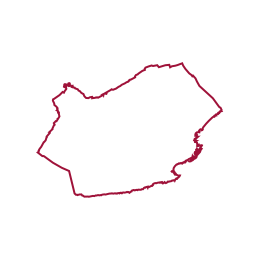 Isabela, Isabela, Philippines, rotated 62°
{"feature_id": "2640588B52568839586340", "entity_name": "Isabela", "entity_type": "district", "adm_level": 2, "iso_a3": "PHL", "parent_name": "Philippines", "parent_adm1": "Isabela", "projection": "equal_earth", "projection_center": [122.367, 16.99], "detail": "fine", "context": "isolated", "style": "outline", "palette": "rose", "viewbox_px": 256, "rotation_deg": 62, "n_neighbors": 0, "source": "geoboundaries", "source_scale": "gbopen_adm2", "svg_char_len": 5786}
<svg xmlns="http://www.w3.org/2000/svg" viewBox="0 0 256 256"><g transform="rotate(62 128 128)"><path d="M162.5,205.3L163.1,204.2L163.5,204.1L163.9,202.1L164.8,200.3L166.2,200.1L166.6,199.5L168.1,198.8L169.8,195.4L170.3,194.9L171.5,190.8L172.3,189.7L172.4,188.2L172.8,187.6L173.2,185.9L174.0,185.0L174.3,183.8L174.8,183.3L174.7,182.4L174.9,181.6L175.5,180.0L176.2,179.1L177.2,175.2L178.0,173.5L178.1,172.9L179.0,171.9L179.6,170.0L180.4,169.3L180.5,168.3L180.9,168.0L180.9,167.2L181.3,166.3L181.7,166.2L181.6,165.2L182.6,164.4L182.7,164.2L182.4,164.0L182.7,163.7L182.6,162.6L183.4,161.5L183.9,160.0L184.0,158.8L184.7,158.2L184.8,157.6L185.8,157.2L185.6,156.7L185.8,156.4L185.5,155.3L185.7,154.7L185.1,154.0L185.3,152.6L185.5,151.9L186.0,151.7L186.3,151.1L186.5,149.7L187.4,148.7L187.2,148.0L188.6,145.6L188.5,144.6L189.1,143.5L188.4,142.0L188.4,141.0L188.8,140.6L188.6,140.3L188.7,139.4L189.2,138.0L190.0,137.3L190.1,134.6L190.5,133.9L190.1,132.8L189.6,132.8L189.3,132.2L189.2,131.5L189.4,129.8L190.0,129.1L190.2,127.7L191.0,125.3L191.4,125.3L191.4,124.0L191.8,123.5L191.8,123.2L192.6,122.9L193.0,123.5L193.3,123.3L193.4,121.9L193.0,121.1L194.4,120.5L194.5,119.5L194.0,118.0L194.6,117.3L194.5,116.9L195.2,115.0L195.1,113.6L195.6,113.0L195.5,112.4L196.1,111.4L196.4,111.4L195.7,110.5L195.5,109.6L195.7,109.2L195.3,109.2L195.2,108.9L195.5,107.9L195.4,107.1L194.9,105.3L194.3,104.5L194.0,105.0L193.9,105.9L192.8,106.5L191.6,107.7L191.3,108.4L190.7,108.5L190.1,108.0L189.7,108.5L188.8,108.7L188.4,108.8L188.5,108.4L187.3,108.7L187.0,109.4L187.2,110.7L186.7,109.4L187.3,108.1L187.0,108.2L186.6,107.9L187.0,108.1L187.1,107.9L189.0,108.1L189.5,107.8L189.9,108.0L190.0,107.5L188.6,108.0L186.0,107.4L184.8,106.4L183.8,104.7L183.0,102.3L183.3,101.7L183.1,101.2L183.3,100.7L183.1,99.9L183.5,99.6L183.5,98.4L183.9,98.2L184.1,97.0L184.4,97.3L184.9,96.9L184.3,94.2L184.8,93.8L185.1,94.1L185.3,93.6L184.7,92.6L184.3,92.7L184.0,92.4L184.2,91.3L184.1,90.8L184.4,90.1L184.0,89.3L184.0,88.1L184.4,87.4L184.3,87.1L184.7,87.1L184.2,86.8L184.3,86.5L184.1,85.7L184.3,85.0L183.9,84.3L183.7,84.6L183.2,84.2L183.6,84.2L183.5,83.7L183.8,83.4L184.5,83.6L184.5,82.7L185.1,83.2L185.2,83.9L185.0,84.6L186.2,87.9L186.4,89.4L186.5,89.3L186.7,88.9L186.8,85.9L186.3,84.4L186.4,83.4L186.2,81.8L185.7,81.3L185.7,81.0L184.3,79.9L184.3,79.3L183.0,75.7L181.6,74.2L181.1,74.1L181.1,75.9L182.1,77.6L182.2,79.7L183.2,80.7L182.9,81.0L182.2,81.0L181.7,82.0L181.9,81.3L181.7,81.1L181.7,80.7L181.4,80.4L181.1,80.6L180.7,80.2L180.9,79.8L181.3,79.9L181.5,79.5L181.3,79.2L181.6,78.6L180.6,79.1L180.0,78.3L179.2,78.1L179.1,77.4L178.8,77.2L178.8,76.9L179.3,76.7L179.3,77.0L179.7,77.1L179.8,76.8L180.0,77.3L180.4,77.4L181.2,76.9L179.9,74.2L179.4,73.6L179.4,73.2L179.0,73.0L178.8,72.4L177.5,72.2L177.1,72.5L176.9,73.5L177.0,74.1L176.7,74.6L176.5,74.4L176.6,75.2L176.3,75.0L176.1,75.2L175.3,74.2L175.1,74.1L174.8,74.5L173.1,73.9L172.6,74.3L171.9,75.4L171.2,75.1L171.2,74.2L170.9,74.7L170.3,74.7L169.9,75.3L168.9,74.2L169.4,73.0L168.8,72.6L169.0,71.8L168.7,70.7L168.6,71.0L167.9,70.7L167.6,71.2L167.1,70.9L166.5,72.2L165.5,71.7L165.3,71.3L165.4,70.7L164.8,71.0L164.5,70.7L164.2,69.2L164.5,68.9L164.6,67.8L165.3,67.0L164.8,66.6L164.5,67.0L164.4,66.5L164.4,67.0L164.0,66.9L163.2,65.3L163.2,64.5L164.2,63.7L164.6,63.9L164.7,63.3L164.3,62.6L163.6,62.5L162.7,61.3L160.9,57.0L159.6,53.2L158.3,48.6L158.1,47.0L158.6,46.6L158.5,45.9L158.2,45.6L157.7,45.6L157.7,44.7L158.0,44.4L157.5,44.3L157.3,43.8L157.4,43.5L157.8,43.1L158.0,42.5L158.0,42.1L157.5,41.9L157.4,41.5L157.7,40.6L157.3,40.4L157.4,40.1L157.3,39.9L156.9,40.2L156.9,39.5L156.6,39.1L156.8,38.8L156.6,38.6L156.8,38.2L157.0,37.6L156.4,37.7L156.0,36.9L153.5,36.8L152.5,37.5L151.5,37.7L141.6,39.1L124.4,45.2L119.2,45.3L115.9,45.1L112.3,46.0L112.5,46.9L111.2,47.0L108.5,48.3L102.7,49.6L98.9,50.0L96.3,49.8L95.7,54.6L95.2,57.0L94.1,60.3L94.2,62.3L91.6,61.9L90.1,65.6L88.8,72.2L86.3,72.7L85.0,76.8L83.9,77.8L83.3,80.9L82.9,84.2L83.7,85.6L84.6,85.8L84.3,88.5L84.9,93.5L85.2,94.2L85.0,96.2L85.8,97.7L86.6,97.9L86.6,102.9L86.3,103.4L86.3,104.2L86.7,104.5L86.6,105.2L87.1,105.6L87.2,106.3L86.9,107.8L87.1,109.8L86.9,113.2L87.3,115.2L87.2,117.0L87.6,120.0L87.2,123.3L86.1,124.4L86.3,124.8L86.5,131.3L87.6,130.9L87.7,131.1L86.8,132.2L86.5,133.4L86.5,133.7L86.7,133.4L86.8,133.8L87.3,134.2L87.2,134.2L87.2,140.1L86.7,140.4L86.6,141.2L86.0,141.7L85.9,142.9L84.9,145.6L84.2,145.0L83.7,145.0L83.0,147.2L83.0,149.0L81.8,150.9L79.6,151.6L77.0,151.4L76.3,152.0L74.6,152.9L73.1,153.1L71.7,154.1L70.2,154.2L68.2,156.1L67.4,156.1L66.4,157.4L64.8,157.1L64.8,157.6L65.5,158.3L65.2,158.6L63.7,158.5L63.2,158.9L63.4,160.1L63.2,160.6L62.8,160.8L62.7,159.4L61.7,158.6L61.0,158.6L60.7,159.2L60.7,159.9L61.5,160.3L61.8,161.6L61.7,161.8L60.2,162.3L59.6,163.4L59.7,163.8L60.0,164.0L60.8,163.6L61.1,163.7L61.1,164.9L61.5,165.2L62.1,164.9L62.4,163.8L62.7,163.4L63.3,164.0L64.1,163.9L64.6,164.2L65.7,166.6L66.7,168.0L65.5,168.8L66.8,173.0L67.6,179.9L67.5,180.6L68.0,181.1L68.6,181.5L71.6,181.6L73.1,182.2L75.5,181.2L77.4,180.9L77.6,181.5L78.5,181.8L78.9,181.7L79.1,182.5L79.6,182.1L80.3,181.9L81.7,182.6L81.9,182.5L81.8,182.3L82.0,181.8L83.3,182.5L85.6,183.1L87.0,185.4L86.9,185.8L87.3,185.9L88.3,187.7L88.0,187.8L88.0,188.4L88.9,191.2L90.6,191.2L90.8,191.4L90.8,192.1L93.3,195.3L93.6,195.3L94.7,199.3L95.0,199.0L95.6,199.3L97.4,203.9L98.1,204.1L98.2,204.5L100.2,206.5L101.1,208.8L101.0,209.1L103.9,213.5L104.9,215.8L105.5,216.7L105.9,217.3L106.1,217.2L106.6,217.8L107.0,218.0L107.2,219.2L112.6,216.8L113.0,215.9L113.5,215.4L123.4,210.6L132.1,205.1L138.3,200.2L160.7,205.9L162.5,205.3ZM178.1,70.8L177.8,71.0L177.6,71.9L178.2,71.6L178.3,71.0L178.1,70.8ZM180.9,72.7L180.5,72.9L180.7,73.7L181.2,73.4L180.9,72.7ZM189.4,138.3L189.5,138.6L189.9,138.6L189.7,138.4L189.4,138.3Z" fill="none" stroke="#9f1239" stroke-width="2"/></g></svg>